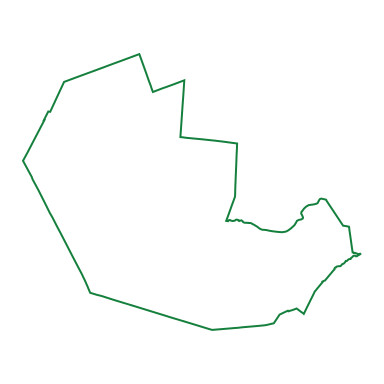 Zaragoza, Coahuila, Mexico
{"feature_id": "50627088B39725244996961", "entity_name": "Zaragoza", "entity_type": "district", "adm_level": 2, "iso_a3": "MEX", "parent_name": "Mexico", "parent_adm1": "Coahuila", "projection": "orthographic", "projection_center": [-101.085, 28.874], "detail": "fine", "context": "isolated", "style": "outline", "palette": "green", "viewbox_px": 384, "rotation_deg": 0, "n_neighbors": 0, "source": "geoboundaries", "source_scale": "gbopen_adm2", "svg_char_len": 3720}
<svg xmlns="http://www.w3.org/2000/svg" viewBox="0 0 384 384"><path d="M23.0,160.8L31.4,176.3L31.7,176.8L32.7,179.6L33.0,180.1L38.5,190.3L46.0,205.2L49.9,213.1L52.3,217.2L56.8,226.0L58.7,229.6L60.2,232.4L67.9,247.3L73.6,258.4L74.7,260.5L80.0,270.6L81.7,273.8L82.7,275.9L83.6,277.9L84.6,279.8L86.6,284.4L87.2,285.7L87.8,287.1L88.6,289.1L89.5,291.2L90.2,292.8L93.5,293.8L96.8,294.8L98.8,295.3L102.3,296.2L103.5,296.6L113.8,299.9L123.0,302.7L137.5,307.1L152.7,311.8L165.4,315.7L168.8,316.8L190.4,323.3L210.0,329.3L212.1,329.9L226.8,328.7L230.3,328.4L233.7,328.1L237.9,327.8L242.2,327.3L257.4,326.0L259.4,325.8L264.6,325.3L265.7,325.1L266.1,325.1L271.1,323.9L273.8,323.3L276.8,318.8L279.0,315.5L279.5,314.7L279.8,314.5L284.6,312.2L287.9,310.7L288.4,311.3L290.6,310.6L292.0,310.2L293.5,309.7L296.6,308.5L298.6,310.0L299.8,310.9L300.7,311.6L301.9,312.4L303.3,313.4L303.8,313.9L307.0,307.3L310.0,301.3L310.1,301.0L310.5,300.2L311.5,298.2L312.8,295.6L313.7,293.8L314.7,291.6L314.8,291.4L315.6,290.6L317.5,288.2L320.1,285.1L322.6,282.1L322.4,281.6L324.1,280.8L324.8,280.5L325.0,280.5L328.5,276.3L333.8,270.0L334.5,269.5L334.4,268.8L334.6,268.4L334.7,268.2L334.9,267.8L335.0,267.7L335.4,267.6L335.7,267.5L335.8,267.5L336.1,267.2L336.2,266.9L336.9,266.5L337.0,266.5L337.8,266.3L340.5,266.1L341.7,264.8L342.4,264.0L343.6,263.7L344.3,263.0L344.8,262.5L345.8,261.0L346.4,261.1L346.8,261.0L348.4,259.5L348.6,259.3L349.2,259.1L350.6,259.0L350.9,258.3L350.9,258.2L351.1,257.9L352.2,257.2L353.1,256.1L354.5,255.7L354.9,255.6L355.3,255.7L356.0,256.3L357.0,256.2L357.8,255.5L359.0,254.9L359.8,254.4L360.6,253.9L360.8,253.7L361.0,253.5L360.8,253.6L358.5,254.1L357.1,253.7L354.9,252.8L354.6,252.9L353.6,253.1L353.4,252.8L353.2,252.4L352.6,252.3L351.2,242.6L350.9,240.2L349.6,231.3L349.0,226.7L346.4,226.2L345.8,226.1L345.5,226.0L343.1,225.7L334.7,213.0L326.5,200.7L326.1,199.7L323.2,199.0L321.2,198.6L319.7,199.2L318.7,201.0L317.6,203.1L316.2,203.8L313.9,204.4L310.8,204.8L308.8,205.1L306.3,206.5L304.0,208.6L302.6,210.6L301.4,212.0L301.2,213.7L301.3,213.8L302.0,215.0L303.0,217.4L302.8,218.5L301.3,219.4L298.8,219.9L296.9,220.9L296.5,221.7L296.0,222.7L295.7,223.2L294.5,225.1L291.3,228.1L288.4,230.3L285.9,231.6L282.2,232.2L278.9,232.0L275.2,231.6L271.4,231.1L270.5,230.9L269.7,230.8L266.1,230.0L263.8,229.8L262.6,229.8L260.5,229.1L258.8,228.0L257.4,226.8L255.2,225.5L253.4,224.4L252.7,224.2L251.7,223.5L250.5,223.0L249.7,223.0L248.6,223.0L248.1,222.8L247.1,222.9L246.9,222.8L245.7,222.8L244.6,222.7L243.7,222.4L243.3,222.2L243.1,222.1L242.7,221.3L242.5,221.1L242.2,221.0L241.8,220.7L241.4,220.3L241.0,220.4L240.6,220.6L240.0,220.7L239.6,220.7L239.4,220.8L239.2,221.0L239.0,220.9L238.7,220.7L238.4,220.6L238.3,220.3L238.4,220.1L238.0,219.9L237.1,219.7L236.7,219.7L236.3,219.7L236.2,219.7L235.6,220.0L235.2,220.3L234.9,220.6L234.5,220.7L234.1,220.8L233.7,220.8L233.4,220.9L233.0,221.0L232.4,221.0L232.0,220.8L231.0,220.7L230.3,220.2L229.9,220.1L229.4,220.0L229.0,220.1L228.7,220.3L228.3,221.1L228.0,221.1L226.7,221.0L226.2,220.9L228.9,213.6L232.1,204.6L232.9,202.5L234.9,197.0L235.1,195.4L235.2,191.3L235.4,184.8L235.7,177.4L236.4,160.8L236.5,157.3L236.5,157.2L236.7,153.1L236.9,149.2L237.0,146.3L237.1,143.5L222.9,141.6L214.5,140.6L205.8,139.7L203.2,139.4L186.2,137.8L183.9,137.5L183.8,137.4L180.4,137.1L181.6,119.8L182.5,106.5L183.3,95.5L183.3,95.4L184.3,80.3L172.1,84.9L166.0,87.1L163.8,87.9L163.6,87.9L160.4,89.1L157.3,90.3L152.9,92.0L151.4,87.9L150.9,86.2L148.7,80.4L146.2,73.2L141.1,59.0L139.3,54.1L119.9,61.3L113.6,63.6L105.0,66.8L83.6,74.7L79.2,76.3L64.1,81.9L60.4,89.8L57.1,96.9L50.2,111.8L48.3,111.5L43.9,120.1L44.4,120.1L41.0,126.6L33.4,141.2L27.1,153.3L25.4,156.4L23.0,160.8Z" fill="none" stroke="#15803d" stroke-width="2"/></svg>